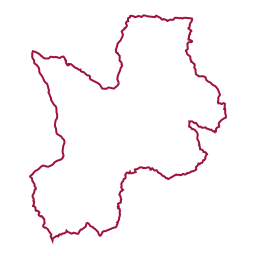 Monghsat, Shan, Myanmar (Albers equal-area conic projection)
{"feature_id": "60261553B30377978208155", "entity_name": "Monghsat", "entity_type": "district", "adm_level": 2, "iso_a3": "MMR", "parent_name": "Myanmar", "parent_adm1": "Shan", "projection": "albers", "projection_center": [98.999, 20.355], "detail": "fine", "context": "isolated", "style": "outline", "palette": "rose", "viewbox_px": 256, "rotation_deg": 0, "n_neighbors": 0, "source": "geoboundaries", "source_scale": "gbopen_adm2", "svg_char_len": 5731}
<svg xmlns="http://www.w3.org/2000/svg" viewBox="0 0 256 256"><path d="M52.5,240.6L52.7,239.2L52.4,238.3L53.0,238.3L56.4,236.1L57.2,235.9L58.0,236.5L58.8,235.7L58.8,234.9L59.8,234.3L61.2,234.6L62.2,233.7L64.8,233.2L66.2,232.0L66.5,230.8L67.1,231.5L71.7,233.7L73.5,232.7L77.6,233.8L78.3,233.7L79.3,231.5L80.7,229.6L81.7,229.6L85.7,226.6L86.5,223.4L87.5,222.9L88.7,223.7L90.5,226.2L92.8,227.0L93.7,228.3L95.0,228.8L98.0,232.0L98.6,233.9L99.5,235.4L100.3,235.7L101.5,234.2L102.8,231.7L104.2,231.1L105.2,231.2L113.9,227.6L115.5,227.4L116.6,226.3L116.8,225.0L117.4,224.4L117.3,223.6L117.8,222.8L117.2,222.3L117.8,221.8L119.2,219.3L119.0,218.0L119.7,216.3L120.0,214.1L119.6,213.1L120.0,210.5L119.5,209.8L119.5,208.7L118.8,208.1L118.0,208.1L117.8,206.8L118.7,206.4L118.0,204.2L118.1,203.6L120.6,202.7L121.0,201.8L120.7,200.6L121.3,199.4L120.8,198.1L120.5,196.3L119.3,194.6L120.7,191.4L122.1,190.8L123.1,189.8L121.9,188.8L121.4,187.8L121.2,187.0L121.7,186.0L121.3,184.0L122.2,182.1L123.1,181.2L123.7,179.1L125.3,178.3L125.7,176.1L125.2,175.0L126.1,173.3L127.0,172.6L128.8,173.3L129.9,171.7L130.5,173.2L131.7,173.3L135.7,172.1L134.9,169.5L137.5,169.0L139.6,167.5L141.9,167.3L143.2,168.1L144.2,167.9L145.1,168.2L147.3,167.5L149.0,167.4L150.4,168.8L150.4,169.7L151.0,169.7L152.2,168.3L154.4,170.4L156.9,170.4L157.9,172.3L160.7,173.8L162.6,175.8L164.0,176.2L166.1,178.1L166.8,178.0L168.2,179.1L176.2,174.5L176.9,174.9L179.4,174.8L179.9,175.2L181.6,174.9L182.9,173.9L184.8,174.5L185.9,174.2L186.7,173.8L187.1,173.1L189.0,172.9L191.9,171.3L193.4,171.2L195.8,169.9L196.3,169.4L195.9,167.2L197.7,165.4L198.5,163.5L199.6,163.6L199.8,164.0L200.7,163.2L202.3,162.6L203.3,160.2L204.1,160.2L205.0,159.2L205.4,158.2L205.2,157.4L205.5,156.6L206.5,154.6L207.1,154.3L207.0,154.0L205.4,152.2L203.6,152.1L203.2,150.8L201.6,149.5L200.1,149.3L199.8,146.6L199.0,145.3L199.5,144.8L198.6,141.2L197.3,139.0L197.4,136.6L197.8,135.1L197.5,133.6L196.9,132.3L195.0,130.1L193.4,129.1L192.1,129.1L190.6,127.2L189.1,126.6L189.5,122.5L189.3,121.4L192.1,121.4L194.6,123.2L195.4,122.8L196.2,123.1L198.4,126.2L199.2,126.8L200.8,126.7L201.7,127.6L202.4,127.8L205.7,127.4L206.6,128.6L208.0,128.8L209.9,129.8L211.3,129.6L211.8,130.3L214.7,132.1L214.9,131.1L215.9,131.3L216.2,128.5L217.1,127.6L219.2,126.7L218.7,123.8L219.1,122.7L221.2,120.3L223.2,118.9L225.9,117.5L225.9,115.3L225.2,113.4L225.3,111.8L225.0,110.1L224.1,109.1L224.2,108.8L225.1,108.6L224.6,107.6L224.9,103.7L223.4,103.1L221.6,104.1L220.1,103.2L218.4,103.4L217.9,102.3L218.4,100.0L218.2,98.9L218.5,97.1L220.0,94.9L217.9,89.4L216.6,87.6L215.3,86.2L211.9,84.3L211.0,83.0L207.3,81.0L206.3,79.9L205.5,77.3L203.1,76.2L199.1,76.4L196.5,74.6L195.8,73.8L195.4,69.2L194.7,68.5L194.2,67.3L194.7,66.2L194.6,64.2L193.7,63.7L192.6,62.5L191.1,61.7L191.4,60.8L190.3,59.2L190.4,57.1L189.8,56.1L187.7,54.7L187.1,53.7L186.7,52.1L185.9,51.2L186.0,50.4L187.5,49.3L187.8,48.5L187.3,44.0L188.5,42.3L191.6,42.0L192.1,41.5L192.0,41.1L191.2,40.8L190.6,40.1L188.5,39.6L188.5,38.8L189.2,37.3L188.9,36.5L189.2,35.3L189.6,34.4L190.0,34.2L189.9,33.4L190.3,32.2L191.4,31.0L191.3,30.6L188.5,28.6L188.4,28.1L189.4,27.4L189.8,26.0L189.6,25.3L190.5,22.8L191.8,20.9L192.2,19.7L191.9,18.5L185.5,17.8L183.6,17.9L182.4,18.6L180.9,17.9L179.6,18.3L178.2,17.9L175.0,17.8L174.1,18.6L173.6,19.6L172.3,19.9L170.3,19.6L167.3,21.0L166.5,20.0L165.3,19.6L163.5,19.1L162.6,19.7L161.7,19.4L160.5,17.9L156.4,15.8L155.8,15.8L155.7,16.5L154.9,17.1L147.4,16.3L144.9,15.5L143.4,15.4L141.6,17.0L140.0,16.3L138.2,16.0L137.6,16.5L134.9,17.2L134.2,16.6L132.0,15.8L130.2,16.0L130.0,17.3L128.1,18.2L128.0,20.2L128.2,21.1L127.5,21.1L126.8,21.5L125.9,23.1L126.0,23.7L126.9,25.3L126.8,26.1L125.7,27.7L124.7,28.0L124.4,29.2L123.4,29.6L121.7,31.4L122.9,34.5L122.7,35.9L120.5,40.5L119.6,41.3L117.5,43.8L117.3,45.5L116.3,48.6L115.8,49.3L116.2,50.7L116.0,51.9L116.3,52.4L116.7,52.9L117.7,53.1L118.0,54.0L119.7,55.9L119.6,60.6L119.9,61.1L121.2,62.0L121.9,64.2L121.6,64.6L122.1,66.1L120.8,67.7L120.1,70.3L117.8,75.8L117.3,79.0L118.5,82.1L118.6,84.0L117.2,85.9L113.8,88.6L109.1,87.5L107.9,87.7L106.4,88.8L102.3,88.6L99.8,84.6L98.2,83.3L90.6,79.4L89.8,78.4L90.0,76.6L89.8,76.1L89.0,75.5L87.3,75.4L83.5,72.0L82.1,71.9L80.8,71.2L80.5,69.6L78.7,69.7L77.0,68.3L75.4,67.8L71.1,64.2L68.9,64.0L68.8,65.2L67.7,65.3L67.0,64.7L67.0,64.1L66.4,63.6L65.8,62.2L66.0,60.4L65.4,60.2L64.5,57.7L63.1,56.5L61.7,56.9L59.7,58.0L55.7,56.9L53.9,57.3L51.0,56.7L50.3,56.9L49.1,58.2L48.4,58.5L44.4,58.4L42.8,57.3L42.1,56.3L41.3,56.1L40.3,54.8L39.2,54.2L38.8,53.6L35.1,51.8L32.9,51.2L32.3,52.8L32.2,56.5L32.4,57.8L34.1,60.5L34.2,62.4L34.6,63.5L36.8,65.1L38.7,67.6L39.3,69.8L39.3,71.8L39.7,72.9L42.3,76.5L44.2,80.8L45.8,82.9L46.7,83.4L47.5,84.9L49.0,90.7L48.5,92.1L48.6,92.9L49.5,94.3L50.0,96.2L51.0,97.9L51.0,99.8L53.9,104.6L55.9,106.5L56.5,109.1L56.5,112.4L57.2,114.5L57.1,117.5L56.9,118.5L55.6,120.4L54.9,125.0L55.1,126.7L55.9,128.2L56.5,133.0L57.1,134.0L61.2,136.5L62.1,137.9L63.8,139.6L64.5,141.2L64.4,143.0L63.1,146.3L63.2,147.6L62.7,149.6L62.6,152.2L63.6,155.7L62.4,158.4L60.6,159.7L57.2,160.7L55.7,161.6L54.2,162.6L53.1,164.3L50.1,166.0L48.2,166.7L47.0,166.6L43.2,165.5L41.2,166.5L38.6,169.1L35.2,171.1L33.1,173.3L32.7,174.2L30.7,175.5L30.1,176.6L32.0,178.4L32.4,180.9L34.5,184.2L34.7,186.5L35.8,188.0L35.8,189.1L34.7,189.7L34.2,192.5L32.6,195.4L32.7,197.3L33.5,198.3L33.7,199.7L33.4,200.6L34.0,201.3L33.7,201.8L34.1,202.6L33.6,204.9L33.0,205.6L33.1,206.1L34.1,206.1L35.5,207.7L35.5,210.1L36.0,210.4L36.1,210.8L37.6,210.8L39.4,212.2L39.2,213.3L38.7,213.9L38.7,215.2L40.5,216.4L41.3,216.1L41.6,216.6L42.4,216.7L43.2,218.3L44.2,218.9L44.6,223.2L43.3,225.1L43.2,226.5L44.6,227.6L45.8,227.7L48.0,229.4L48.7,230.9L51.3,234.5L51.3,235.3L50.6,236.3L52.5,240.6Z" fill="none" stroke="#9f1239" stroke-width="2"/></svg>